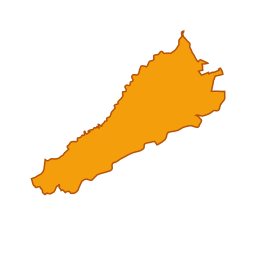 Kota Magelang, Jawa Tengah, Indonesia (Equal Earth projection), rotated 232°
{"feature_id": "22746128B66141272433758", "entity_name": "Kota Magelang", "entity_type": "district", "adm_level": 2, "iso_a3": "IDN", "parent_name": "Indonesia", "parent_adm1": "Jawa Tengah", "projection": "equal_earth", "projection_center": [110.222, -7.473], "detail": "fine", "context": "isolated", "style": "filled", "palette": "amber", "viewbox_px": 256, "rotation_deg": 232, "n_neighbors": 0, "source": "geoboundaries", "source_scale": "gbopen_adm2", "svg_char_len": 5862}
<svg xmlns="http://www.w3.org/2000/svg" viewBox="0 0 256 256"><g transform="rotate(232 128 128)"><path d="M141.6,18.4L140.6,18.3L139.6,18.9L139.2,18.8L138.6,18.5L138.2,18.5L137.8,18.8L137.5,19.2L136.8,21.3L136.5,21.8L135.9,22.4L135.2,22.3L134.3,21.9L134.0,21.9L133.9,22.0L133.6,22.2L133.2,22.3L132.7,22.2L131.6,22.2L130.6,21.4L129.6,21.0L128.3,21.2L126.8,21.5L126.5,22.8L126.7,23.5L126.7,23.8L124.2,25.9L124.0,26.3L123.5,28.4L123.3,30.1L123.5,31.0L123.9,32.2L124.5,33.2L125.4,34.7L125.9,36.0L125.5,36.9L125.9,38.7L125.6,39.0L124.1,37.8L123.6,37.2L123.1,37.0L122.1,37.2L121.7,37.1L120.8,37.2L119.9,36.8L119.7,37.6L119.3,38.4L118.3,38.7L115.7,38.8L115.7,40.0L115.5,40.5L115.3,41.3L115.1,41.4L114.3,42.4L114.0,42.6L112.9,42.7L112.1,42.6L111.8,42.8L111.0,43.5L110.8,43.8L109.8,45.5L109.4,46.6L109.4,47.0L109.5,48.4L109.7,50.1L111.2,52.6L113.4,56.7L114.4,58.8L114.3,61.3L114.1,62.2L113.5,63.4L112.9,64.1L110.3,66.0L109.3,67.0L109.2,68.2L109.7,71.6L110.0,74.9L109.6,76.4L109.3,77.6L107.3,82.3L105.2,87.8L105.2,89.3L105.8,90.5L106.0,90.8L108.8,92.7L109.4,93.6L109.5,94.7L109.7,95.6L109.6,95.9L109.0,96.3L108.6,97.7L108.3,100.2L108.3,102.7L107.2,108.5L106.9,110.8L106.3,113.8L105.8,115.6L105.3,117.2L104.9,118.2L103.3,121.8L102.4,124.2L102.2,126.2L102.2,127.6L102.4,128.2L104.1,129.9L104.9,130.7L105.1,131.3L105.0,132.5L104.8,133.2L104.0,134.7L103.5,135.6L101.8,139.3L101.3,140.4L101.0,140.7L99.9,140.6L99.2,140.7L97.0,140.4L96.6,141.1L96.0,145.9L96.0,147.9L96.1,150.1L96.8,151.9L97.8,153.4L99.0,154.6L99.3,155.3L99.3,155.9L99.7,156.3L99.8,156.9L98.9,159.0L98.4,159.9L97.4,161.8L97.0,162.4L95.7,165.3L95.4,166.1L94.5,171.9L93.4,174.7L92.1,177.4L91.8,178.1L90.6,179.5L88.6,180.8L86.1,182.7L85.9,182.9L85.6,183.8L85.5,184.4L85.7,185.0L86.5,186.1L87.4,188.7L88.2,189.9L88.6,190.5L89.4,190.8L91.5,190.6L94.2,190.5L96.1,189.4L95.9,190.2L95.5,190.7L93.3,192.4L91.7,193.9L91.3,194.6L90.6,196.5L89.9,198.4L89.4,200.2L89.4,200.4L89.1,201.8L89.0,204.1L89.0,205.7L88.9,206.3L88.6,206.8L87.1,208.3L86.6,209.1L86.4,209.8L86.4,210.8L86.5,211.2L87.3,212.5L88.5,213.8L89.2,214.9L90.0,217.1L90.8,220.6L91.4,222.0L91.8,222.5L96.1,225.8L97.4,226.7L97.5,226.5L98.3,225.4L99.7,223.6L101.9,221.2L105.6,216.3L108.9,220.3L110.1,221.6L111.9,223.8L112.2,224.0L113.0,224.8L113.4,225.9L115.2,228.6L111.9,235.8L113.8,236.8L115.5,237.3L117.8,237.7L118.4,237.4L118.6,235.7L117.5,235.4L118.0,233.3L119.1,229.5L119.5,229.4L119.8,229.2L120.3,227.5L120.9,225.1L122.2,225.7L124.4,218.5L129.3,218.5L128.9,219.8L127.5,222.4L127.9,222.8L129.3,223.5L130.5,224.7L132.7,225.6L132.1,226.8L131.3,227.9L129.8,230.8L130.2,230.8L135.4,228.1L137.1,227.1L137.3,227.0L137.3,225.4L137.0,224.0L138.4,223.9L139.7,223.9L141.4,224.2L145.9,225.0L147.2,224.9L148.1,225.1L150.0,225.7L153.1,226.3L153.8,226.5L155.7,228.2L156.4,228.7L156.9,228.7L158.0,228.7L159.8,228.3L163.8,228.2L165.1,228.1L166.1,227.8L166.9,228.3L168.5,229.0L168.8,229.3L169.1,229.9L169.4,230.7L169.4,231.0L170.1,231.6L170.5,230.7L170.5,229.7L170.5,229.3L170.1,228.9L168.2,227.7L167.8,227.6L167.4,227.2L167.1,226.8L166.8,226.1L166.2,223.2L165.8,222.3L165.4,221.8L164.5,221.1L163.4,220.3L162.7,219.7L162.1,218.8L161.4,216.9L160.7,214.9L160.5,214.0L160.3,212.4L160.4,210.7L160.4,209.7L160.5,208.2L160.8,207.3L162.4,205.6L163.7,203.7L164.3,202.7L164.8,202.2L166.4,202.1L167.0,202.0L167.7,201.6L168.0,200.8L168.1,200.2L167.7,199.0L167.3,197.5L167.4,197.1L167.5,196.7L168.0,195.8L168.1,195.6L169.1,193.8L169.2,193.1L168.9,192.5L166.6,191.1L166.5,190.9L166.2,190.8L165.9,189.9L166.0,188.9L166.3,188.4L167.2,186.5L167.2,186.0L167.0,185.0L165.5,182.4L165.3,181.9L164.9,180.9L164.9,180.5L165.1,180.0L166.4,179.3L168.2,177.5L168.5,176.9L168.6,176.1L167.5,174.2L166.4,172.5L164.9,170.8L164.1,169.1L164.1,168.3L164.4,167.6L165.1,166.8L165.6,166.4L166.5,165.3L166.8,164.6L166.8,164.0L166.6,163.3L166.1,162.6L165.3,162.1L163.1,161.7L162.5,161.2L162.3,161.1L162.1,160.5L162.7,158.2L162.6,157.9L160.8,156.3L160.6,155.4L161.0,154.8L162.4,153.7L162.8,152.8L162.8,151.7L162.3,150.9L161.5,150.6L160.2,150.5L159.1,150.2L158.3,149.2L158.2,148.7L159.7,146.2L159.6,145.8L158.5,145.0L156.8,144.0L156.0,142.8L155.5,141.0L155.2,138.3L154.8,136.3L154.5,135.9L153.9,135.6L153.6,135.6L153.3,135.3L153.3,134.7L153.5,133.9L154.0,133.1L154.3,131.9L154.2,131.3L154.0,130.9L153.5,130.6L152.7,130.5L152.2,130.5L151.8,130.2L151.6,129.8L151.3,128.7L150.6,124.6L148.6,121.9L148.1,120.7L148.1,120.1L148.5,119.1L148.7,118.2L148.8,117.6L148.6,117.2L148.2,116.7L147.1,116.2L146.8,115.9L146.7,115.5L146.9,115.1L147.6,113.8L147.0,112.6L146.8,111.9L146.7,111.6L146.8,109.9L146.0,108.9L145.7,108.4L145.8,108.1L146.0,107.9L146.8,107.8L148.4,107.4L149.0,107.0L149.2,106.8L149.1,106.6L148.7,106.4L147.8,106.3L147.0,106.0L145.9,105.4L145.8,105.1L145.9,104.9L146.4,104.7L148.2,104.5L148.2,104.2L148.0,103.6L147.8,102.9L147.9,102.5L148.1,102.3L148.3,102.3L149.0,101.6L148.6,100.2L148.4,99.2L148.6,99.1L149.9,96.4L150.1,95.1L150.0,94.6L149.8,94.6L149.6,94.6L149.0,95.5L148.7,95.6L148.7,95.4L148.6,95.5L148.5,95.2L148.5,94.5L148.7,91.5L149.0,91.4L149.5,91.4L150.1,91.5L150.7,91.7L152.1,91.9L152.2,91.7L152.2,91.3L151.9,91.1L150.0,89.9L149.5,89.3L149.5,88.9L149.4,88.8L149.6,88.3L150.5,87.5L150.5,87.2L149.8,85.2L150.0,84.7L150.4,83.6L151.0,82.5L151.0,82.0L150.9,81.6L150.6,81.3L150.0,81.2L149.7,80.9L149.2,80.4L149.0,79.7L148.9,79.3L149.3,78.7L149.4,78.2L149.8,77.8L150.3,77.5L150.7,77.0L151.9,75.1L152.0,74.5L152.0,73.7L151.1,71.0L151.1,69.1L151.0,68.9L150.5,68.5L149.7,68.2L148.1,68.3L147.8,68.1L147.7,67.3L147.6,64.5L147.4,64.1L147.4,63.4L147.5,62.8L146.6,60.2L146.9,57.3L146.8,54.8L147.3,53.6L147.5,53.3L147.7,52.8L148.7,51.2L150.7,48.9L151.2,48.1L151.2,47.5L151.4,44.9L151.7,44.4L152.3,43.9L154.1,43.3L151.3,40.5L147.4,36.6L146.1,34.5L145.8,33.8L145.4,31.9L145.3,31.1L145.9,27.8L146.1,25.3L146.0,25.2L147.5,20.6L145.4,19.9L144.1,19.3L141.6,18.4Z" fill="#f59e0b" stroke="#b45309" stroke-width="1.5"/></g></svg>